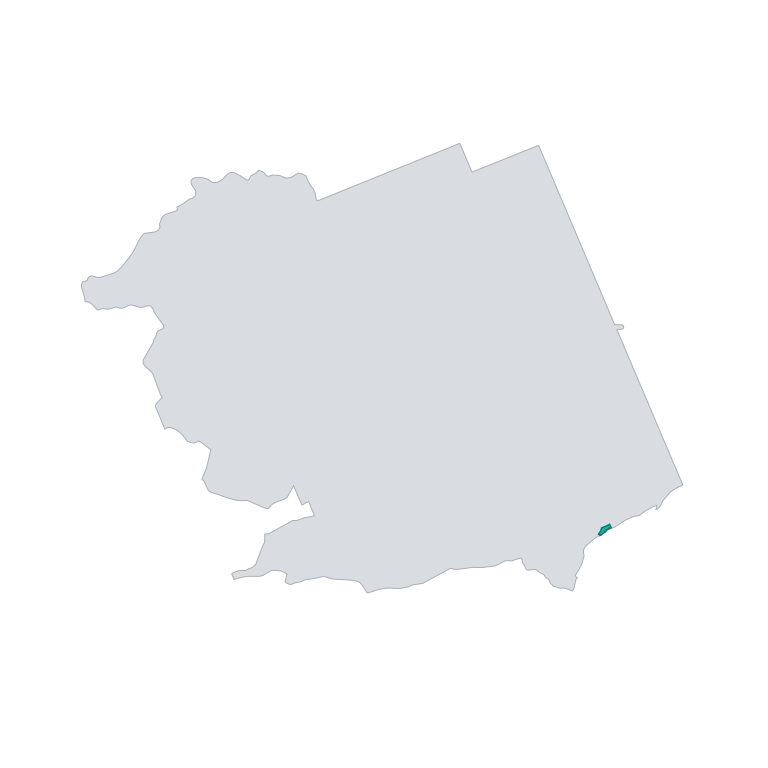 location of Port Sudan, Red Sea, Sudan, rotated 67°
{"feature_id": "16777658B42019308608710", "entity_name": "Port Sudan", "entity_type": "district", "adm_level": 2, "iso_a3": "SDN", "parent_name": "Sudan", "parent_adm1": "Red Sea", "projection": "robinson", "projection_center": [37.267, 19.497], "detail": "fine", "context": "in_parent", "style": "filled", "palette": "teal", "viewbox_px": 768, "rotation_deg": 67, "n_neighbors": 0, "source": "geoboundaries", "source_scale": "gbopen_adm2", "svg_char_len": 4780}
<svg xmlns="http://www.w3.org/2000/svg" viewBox="0 0 768 768"><g transform="rotate(67 384 384)"><path d="M505.3,598.4L499.4,598.4L498.8,596.8L498.9,592.5L499.5,589.2L501.7,584.0L501.2,581.2L501.5,577.1L500.0,572.6L485.9,559.3L483.1,555.7L475.5,552.3L476.9,548.6L473.9,521.4L475.4,518.3L475.9,513.5L475.9,509.4L477.7,502.4L477.9,499.5L462.9,499.3L462.7,502.3L463.4,505.6L463.3,506.9L442.4,507.0L450.7,517.7L451.1,522.3L450.6,528.2L450.7,531.9L451.1,534.3L453.4,539.1L453.2,540.0L452.7,541.1L437.8,555.3L435.2,561.9L433.3,565.3L428.9,571.1L415.3,586.3L413.0,587.3L402.7,587.8L401.7,588.2L400.9,588.9L400.4,588.7L391.6,579.8L376.8,569.1L366.9,574.7L364.2,576.7L364.1,581.9L362.6,584.5L359.9,587.4L352.7,589.2L348.9,590.8L344.3,593.7L339.9,598.5L339.6,601.0L340.0,603.3L314.9,603.2L313.2,601.4L309.6,593.4L307.1,593.9L284.2,592.9L280.9,593.8L274.3,597.1L271.0,597.6L267.6,596.1L255.7,580.3L253.1,578.4L250.4,574.7L247.9,573.0L247.0,571.8L246.7,570.1L246.9,566.7L246.0,564.5L244.1,564.0L227.9,567.6L225.6,567.2L222.2,567.9L221.0,568.5L219.6,570.6L219.3,574.9L218.9,577.1L217.6,579.5L213.0,584.8L211.9,587.2L212.1,593.1L211.8,596.1L211.1,597.4L209.1,599.7L208.3,601.0L207.5,608.6L204.9,613.1L204.3,614.7L204.1,618.0L203.7,619.0L196.4,621.7L193.6,623.3L191.9,625.9L191.5,627.0L188.4,626.1L184.4,625.4L176.7,624.6L173.7,623.4L172.3,621.6L172.8,617.0L172.0,616.0L170.8,615.2L170.0,613.2L170.2,610.9L174.3,605.6L175.1,602.8L176.3,589.5L176.0,585.4L172.9,578.0L165.7,565.2L163.9,562.6L154.9,552.1L153.9,550.5L151.7,546.1L154.3,536.3L154.5,533.6L153.9,530.8L151.6,528.7L149.5,528.5L146.8,525.9L145.1,524.7L143.5,522.4L142.5,519.1L143.4,507.6L142.9,506.1L140.6,505.7L140.0,504.8L140.2,502.6L139.0,496.1L137.7,490.7L138.5,487.7L136.6,483.6L132.8,481.8L125.5,483.2L123.2,482.9L121.7,482.2L120.6,480.7L120.0,478.9L120.6,476.2L122.7,471.3L125.4,467.3L130.7,463.7L132.2,461.7L133.0,459.6L133.2,457.1L132.9,454.5L132.3,452.1L130.8,448.9L129.4,445.2L129.4,442.7L130.1,440.9L131.6,438.7L136.9,434.4L142.3,430.9L143.2,429.7L142.9,428.2L140.4,425.3L139.8,419.6L138.4,415.7L141.2,412.7L143.2,411.7L146.4,410.8L147.6,409.5L148.0,407.2L147.9,404.9L149.1,403.2L150.7,399.6L151.9,398.0L156.1,393.8L157.0,391.0L157.4,388.4L156.4,380.4L158.8,377.1L161.9,374.4L166.2,374.6L173.0,374.0L177.6,372.8L180.8,372.8L188.3,374.3L189.0,373.7L189.5,371.6L192.1,220.2L222.9,220.2L223.3,220.0L224.7,148.4L418.0,148.5L419.6,148.2L422.7,141.5L424.0,141.0L426.0,141.4L426.7,143.0L425.0,148.4L593.7,148.4L594.1,156.6L595.5,163.1L600.2,172.5L604.3,177.5L605.8,180.3L605.9,181.6L605.7,182.8L604.5,181.4L602.4,180.5L602.1,184.8L603.1,193.8L604.8,200.1L603.5,205.9L603.7,215.7L605.9,227.6L605.4,235.1L609.0,252.7L612.4,262.4L614.3,264.8L616.4,266.1L620.5,267.0L626.5,271.9L631.2,277.2L632.9,279.9L635.2,282.9L636.8,282.4L637.7,281.6L639.3,284.0L646.8,289.3L648.0,291.7L645.3,294.1L642.1,298.2L640.6,302.0L639.8,303.2L637.3,305.6L636.9,306.8L635.8,307.5L634.6,307.6L632.0,308.9L629.7,308.5L627.4,309.2L626.5,310.1L624.7,310.9L622.1,311.3L618.2,314.6L614.8,316.1L613.6,317.4L611.8,323.9L610.5,325.6L605.4,325.7L603.0,326.3L599.6,325.6L597.9,325.7L597.5,327.0L596.9,332.6L597.0,334.9L594.1,341.3L594.9,353.0L592.2,361.9L591.8,363.9L589.0,370.9L587.6,373.5L584.0,386.6L582.6,390.6L579.6,394.8L582.7,426.3L580.1,435.9L580.2,441.2L578.5,448.9L577.1,452.5L574.8,456.8L572.8,461.7L571.2,468.0L570.1,480.1L569.5,481.2L560.5,482.7L557.7,483.6L555.7,484.9L553.4,488.0L548.8,496.5L546.4,501.7L542.6,508.8L538.1,513.9L537.2,516.3L536.5,520.9L534.8,528.1L533.3,533.2L533.6,537.4L532.2,544.5L532.4,548.0L530.8,550.0L528.7,551.8L527.3,552.3L521.0,547.5L516.6,550.8L513.8,555.4L511.6,560.1L512.8,570.1L512.7,572.2L512.1,574.6L507.9,584.3L506.7,588.8L505.4,596.6L505.3,598.4Z" fill="#d9dde1" stroke="#a8b0b8" stroke-width="1"/><path d="M606.0,245.2L606.5,244.9L607.2,244.3L607.3,244.2L607.5,244.2L607.6,243.9L607.7,244.0L607.7,243.9L607.8,243.9L607.8,243.7L607.9,243.4L607.8,243.0L607.6,242.7L607.6,242.3L607.5,242.1L607.5,241.9L607.4,241.7L607.3,241.4L607.3,241.1L607.3,240.9L607.2,240.7L607.0,240.4L607.0,240.0L606.9,239.8L606.8,239.6L606.8,239.4L606.6,239.3L606.6,239.1L606.5,238.8L606.8,239.1L606.9,238.9L606.9,238.7L606.7,238.3L606.5,238.1L606.5,237.9L606.4,237.7L606.2,237.8L606.3,237.6L606.2,237.5L606.1,237.4L605.9,237.3L606.0,237.3L606.1,237.2L606.0,236.9L605.8,236.7L605.7,236.6L605.5,236.3L605.3,236.0L605.4,235.9L605.5,235.6L605.4,235.3L605.2,235.4L605.3,235.1L605.2,234.9L605.1,234.4L605.2,234.1L605.2,233.8L605.2,233.4L605.2,232.8L605.2,232.6L605.1,232.4L604.9,232.4L605.0,232.3L605.0,232.1L605.1,231.9L605.1,231.7L605.2,231.4L605.2,231.5L605.1,231.1L601.3,231.1L601.4,231.7L601.5,234.5L601.5,234.8L601.5,235.7L601.6,240.0L603.9,241.9L605.8,244.9L605.9,245.1L606.0,245.2Z" fill="#14b8a6" stroke="#0f766e" stroke-width="1.5"/></g></svg>